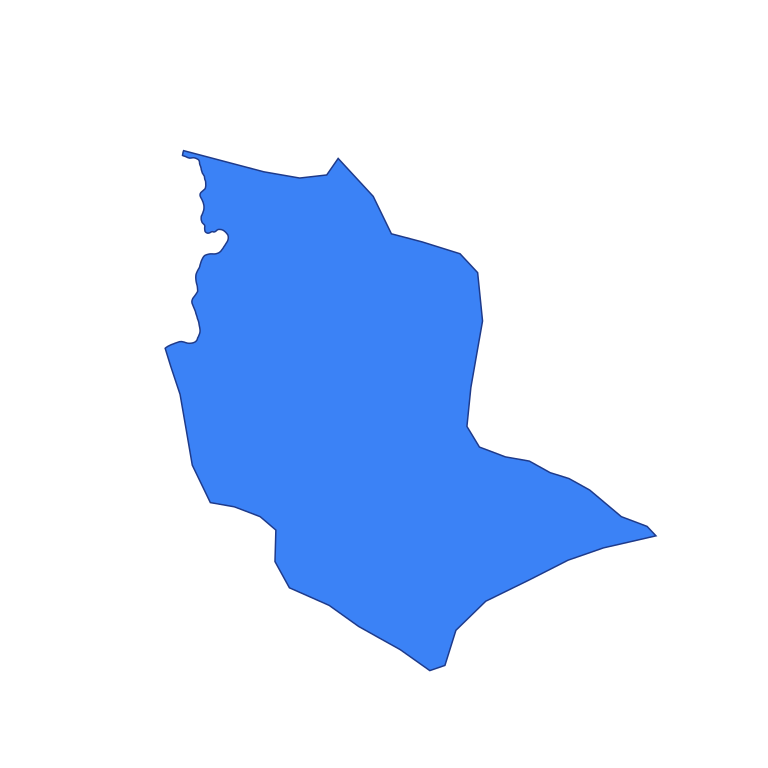 Hyesan City, Ryanggang, North Korea, rotated 341°
{"feature_id": "82179303B10222488142424", "entity_name": "Hyesan City", "entity_type": "district", "adm_level": 2, "iso_a3": "PRK", "parent_name": "North Korea", "parent_adm1": "Ryanggang", "projection": "orthographic", "projection_center": [128.237, 41.362], "detail": "fine", "context": "isolated", "style": "filled", "palette": "blue", "viewbox_px": 768, "rotation_deg": 341, "n_neighbors": 0, "source": "geoboundaries", "source_scale": "gbopen_adm2", "svg_char_len": 3168}
<svg xmlns="http://www.w3.org/2000/svg" viewBox="0 0 768 768"><g transform="rotate(341 384 384)"><path d="M414.1,155.8L397.9,167.7L371.3,161.8L339.4,144.2L270.5,98.1L270.2,98.5L269.4,99.5L268.9,100.5L268.3,101.5L267.9,102.3L268.5,102.9L269.6,103.7L270.5,104.4L271.3,105.2L272.0,105.9L272.8,106.5L273.7,107.1L275.0,107.5L276.3,107.7L277.8,108.1L278.9,108.8L279.9,109.6L280.8,110.6L281.6,111.5L281.9,112.6L281.8,114.1L281.4,115.5L281.3,116.9L281.4,118.4L281.3,120.4L281.0,121.9L281.0,123.5L280.9,125.4L281.2,126.5L281.5,127.9L281.8,129.2L281.4,130.8L281.2,132.2L281.3,134.1L280.9,135.8L280.5,137.0L280.1,138.4L279.4,139.7L278.8,140.7L278.1,141.3L276.9,141.8L275.7,142.3L274.2,142.9L273.1,143.4L272.2,144.2L271.7,145.1L271.4,146.1L271.4,147.3L271.6,148.7L271.9,150.3L272.0,151.8L272.1,153.3L272.0,154.9L271.8,156.8L271.3,158.4L270.7,159.9L270.1,161.0L269.2,162.1L268.5,163.1L267.5,164.2L266.7,165.1L265.9,165.8L265.4,166.9L264.9,168.2L264.6,169.4L264.6,170.7L264.6,172.1L265.2,173.5L266.0,175.0L266.0,176.4L265.2,178.1L264.8,179.5L264.6,180.6L264.5,181.6L264.9,182.5L265.4,183.2L266.2,183.9L267.5,184.3L269.2,184.2L270.3,183.9L271.4,184.1L272.0,184.4L272.6,184.9L273.6,185.0L274.7,184.8L276.0,184.2L277.5,183.9L278.9,184.3L280.6,185.1L281.8,186.1L282.6,187.1L283.3,188.2L283.9,189.4L284.3,190.5L284.9,192.2L284.7,194.1L284.2,195.5L283.6,196.6L282.6,197.9L281.3,199.0L280.0,200.0L278.7,201.1L277.3,202.1L275.9,203.3L274.2,204.4L273.1,205.2L271.9,205.7L270.7,206.1L269.5,206.2L268.3,206.2L267.1,206.1L265.9,205.8L264.8,205.4L263.6,204.9L262.4,204.5L261.1,204.2L260.1,204.1L258.9,204.0L257.6,204.0L256.5,204.1L255.3,204.6L254.3,205.3L253.4,206.1L252.5,207.0L251.6,207.9L250.7,209.0L249.7,210.4L248.8,211.6L247.9,213.1L247.1,214.0L245.9,215.0L244.9,215.9L243.9,216.9L242.9,218.0L242.0,219.1L241.3,220.5L240.6,222.3L240.3,223.5L240.0,224.6L239.7,226.2L239.5,227.9L239.4,229.8L239.2,231.2L238.8,232.8L238.4,234.4L238.0,235.7L237.0,236.6L235.6,237.7L234.5,238.5L233.2,239.4L232.1,240.1L231.0,240.9L230.3,241.7L229.5,242.8L229.1,243.7L228.8,245.1L228.9,246.9L229.0,249.0L229.1,250.4L229.2,252.0L229.3,254.1L229.1,256.0L229.1,257.9L229.1,259.5L228.9,261.4L229.0,263.6L228.9,265.6L228.6,267.2L228.3,269.1L228.1,270.8L227.8,272.4L227.4,273.9L226.8,275.2L226.0,276.4L225.0,277.5L224.1,278.6L223.1,279.5L222.6,280.0L222.0,281.0L221.2,281.7L220.3,282.3L218.8,282.8L217.3,282.9L215.9,282.8L214.0,282.4L212.8,282.0L211.5,281.4L210.5,280.7L209.4,279.9L208.7,279.3L207.5,278.6L206.5,278.0L205.5,277.7L204.4,277.4L203.2,277.4L201.4,277.4L199.7,277.4L198.0,277.5L196.6,277.5L195.0,277.6L193.6,277.8L192.0,278.0L190.0,278.5L188.7,279.0L188.1,297.9L187.8,327.4L182.1,362.8L176.3,398.3L181.2,439.6L202.5,451.4L223.7,469.1L234.2,486.9L223.1,516.4L228.2,545.9L260.0,575.4L281.1,605.0L296.9,622.7L312.8,640.4L334.0,669.9L350.0,669.9L371.8,640.3L409.5,622.5L457.8,616.5L500.7,610.5L538.2,610.4L591.7,616.1L586.4,604.3L565.2,586.7L554.6,569.0L544.0,551.3L528.1,533.6L512.2,521.9L496.3,504.2L475.0,492.4L453.7,474.7L448.6,451.1L465.0,415.6L481.3,386.1L497.7,356.5L508.8,309.2L498.3,285.6L466.4,262.1L439.9,244.4L434.9,203.1L414.1,155.8Z" fill="#3b82f6" stroke="#1e3a8a" stroke-width="1.5"/></g></svg>